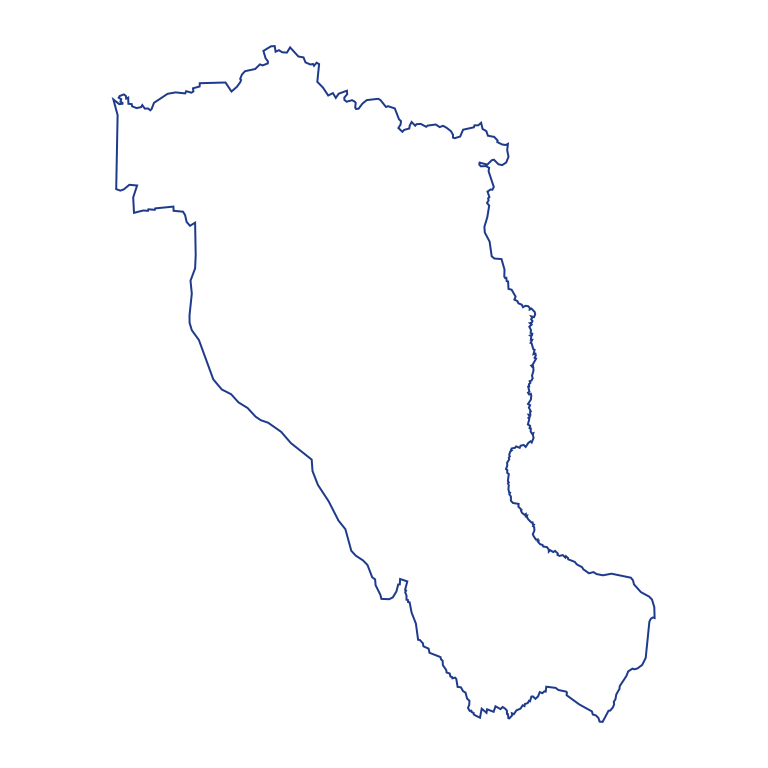 Si Maha Phot, Prachin Buri, Thailand (Equal Earth projection)
{"feature_id": "78962969B29475179093535", "entity_name": "Si Maha Phot", "entity_type": "district", "adm_level": 2, "iso_a3": "THA", "parent_name": "Thailand", "parent_adm1": "Prachin Buri", "projection": "equal_earth", "projection_center": [101.574, 13.876], "detail": "fine", "context": "isolated", "style": "outline", "palette": "blue", "viewbox_px": 768, "rotation_deg": 0, "n_neighbors": 0, "source": "geoboundaries", "source_scale": "gbopen_adm2", "svg_char_len": 6069}
<svg xmlns="http://www.w3.org/2000/svg" viewBox="0 0 768 768"><path d="M481.1,122.8L478.3,125.3L474.5,125.3L473.9,127.3L463.1,129.7L460.2,136.5L454.7,138.2L453.0,137.6L453.0,134.8L451.0,131.2L446.2,127.5L443.0,125.8L439.7,127.1L435.7,124.5L427.6,125.6L426.2,126.8L420.7,123.9L416.5,124.2L415.2,125.7L411.6,122.0L409.7,125.6L409.3,128.5L404.2,129.9L402.4,131.8L398.4,128.0L400.6,124.5L401.0,121.1L399.0,119.3L394.8,108.4L388.0,106.2L386.0,107.0L380.5,100.1L378.2,98.8L366.8,100.1L362.5,103.5L358.7,108.6L356.1,109.0L355.2,107.5L355.7,102.9L354.8,101.7L352.1,100.2L346.6,101.7L344.4,99.9L344.3,97.6L347.2,94.2L346.9,90.7L338.7,93.7L335.8,97.9L332.9,93.1L328.2,95.5L322.9,87.5L317.3,81.8L319.1,64.1L316.6,62.7L314.0,65.8L313.0,64.0L310.4,64.5L305.5,62.4L303.5,57.4L298.4,56.5L290.1,47.4L286.9,52.6L282.3,52.3L278.9,50.2L275.6,51.7L274.7,46.1L271.0,46.3L263.4,50.9L265.6,58.3L267.9,61.4L267.8,63.4L262.7,65.4L259.9,64.4L255.2,69.0L245.0,71.2L241.9,74.6L240.2,78.9L241.1,79.9L240.3,82.1L236.9,86.8L231.5,91.5L225.5,82.5L199.8,83.2L199.6,86.5L193.0,88.3L193.4,91.4L191.5,92.7L186.2,91.2L185.2,93.4L175.6,92.4L167.6,93.8L154.0,102.8L151.6,109.0L150.3,110.3L148.1,108.5L144.8,108.6L142.3,105.1L141.1,107.1L136.6,108.1L132.1,106.3L131.7,104.1L128.4,103.8L128.2,97.6L126.2,98.6L125.9,96.0L123.9,94.4L119.7,96.0L118.7,97.7L121.2,99.2L120.4,101.7L122.5,102.9L122.4,103.8L119.2,104.1L113.4,99.5L117.6,115.1L116.2,189.1L120.3,190.6L123.8,189.4L129.3,184.8L137.1,185.5L133.2,197.4L134.0,212.8L143.3,210.5L148.0,210.8L148.4,209.3L154.8,209.8L155.2,208.4L173.4,206.6L173.6,210.8L183.0,211.7L185.1,215.1L186.6,221.9L190.0,225.8L195.1,222.7L195.7,255.3L195.1,268.4L190.5,280.7L191.8,293.6L189.5,315.4L189.6,322.8L191.8,330.2L198.9,340.0L213.3,379.4L221.8,389.5L231.1,394.2L238.4,402.3L247.6,408.0L255.6,416.7L260.8,420.2L268.1,422.7L281.1,431.8L290.9,443.1L311.7,459.6L312.5,471.0L317.9,484.9L328.7,501.4L338.5,520.6L345.4,529.2L351.3,550.8L355.7,555.6L363.0,560.4L367.5,565.0L372.2,577.3L375.1,579.4L375.6,585.2L380.4,594.9L381.4,598.9L389.2,599.2L392.8,597.4L396.4,591.5L398.2,584.5L399.8,584.4L400.1,579.0L407.3,581.4L405.1,589.8L406.1,590.6L405.2,592.2L406.5,595.6L406.5,599.7L407.9,600.0L408.1,602.1L409.6,602.3L411.6,612.6L415.9,623.6L418.1,639.8L419.8,640.0L422.9,643.3L423.4,646.3L428.6,648.7L429.5,652.8L440.5,657.1L441.0,659.3L442.6,660.7L442.9,665.2L446.2,670.0L446.6,672.5L449.7,673.5L450.4,676.5L452.2,677.1L452.4,678.3L455.2,677.7L456.3,679.0L457.6,686.9L460.9,687.3L463.1,691.2L465.5,692.6L467.1,698.6L469.4,700.7L469.3,704.6L468.0,708.0L469.7,710.9L471.3,710.7L471.6,712.0L473.6,712.9L473.7,714.4L475.8,715.7L480.0,717.7L481.7,708.7L486.5,712.8L487.1,709.3L493.6,711.8L495.5,706.3L500.5,709.1L502.6,707.0L505.1,708.6L506.9,710.6L507.0,713.9L507.9,714.1L508.4,718.2L509.3,718.4L512.2,715.3L511.9,713.3L513.9,714.1L516.4,710.4L520.4,708.7L522.7,705.3L524.5,706.1L524.9,704.0L527.7,703.1L529.0,700.8L530.0,701.3L531.4,696.6L532.9,696.4L535.4,698.8L538.0,696.5L539.8,692.1L542.3,693.2L544.4,691.3L545.7,691.6L546.3,686.7L555.7,687.9L558.4,690.0L566.1,691.6L566.9,692.4L566.6,695.2L579.4,704.5L591.9,711.4L592.8,714.5L595.7,715.3L598.4,717.9L599.6,721.6L602.6,721.9L608.5,710.8L610.3,710.5L612.9,707.4L614.1,704.3L613.8,701.8L615.4,699.4L616.3,694.4L619.5,688.8L619.7,686.2L626.4,676.0L628.2,671.4L632.5,668.6L634.6,669.3L637.5,668.4L642.2,664.9L645.7,657.9L649.4,621.6L650.8,618.8L652.9,617.5L654.6,618.0L654.3,607.2L652.0,599.6L649.3,596.7L640.9,592.1L634.0,584.4L633.0,580.4L630.9,577.7L611.5,573.7L603.0,575.3L596.7,574.1L593.4,572.1L589.0,573.3L583.3,569.3L582.1,567.2L576.8,564.4L574.8,561.9L568.2,559.3L568.0,558.0L565.9,556.2L565.3,557.6L562.8,555.1L559.4,555.9L557.5,554.9L557.8,553.5L555.0,550.9L553.3,552.1L550.2,550.2L548.8,551.6L548.7,549.4L546.9,547.1L543.2,546.5L542.5,544.9L540.3,544.3L538.3,542.2L538.6,540.7L537.6,540.8L537.7,539.4L535.9,539.6L533.8,536.4L532.8,534.2L534.4,530.6L534.2,527.2L533.0,526.1L534.0,524.7L532.7,524.0L532.6,522.4L531.3,522.4L528.2,519.3L526.8,516.9L527.1,515.7L525.8,516.3L525.8,514.0L524.5,514.8L522.0,512.8L521.0,510.7L521.5,509.8L518.4,506.7L518.6,503.9L513.0,503.0L510.9,500.7L510.9,496.5L509.3,494.2L510.0,492.7L509.2,492.5L508.4,489.2L508.8,485.4L507.9,483.2L508.8,482.4L507.9,480.9L508.8,474.0L507.2,472.8L507.3,470.0L506.0,469.1L507.3,465.5L507.1,462.7L509.2,459.4L508.8,457.7L509.8,456.4L509.2,454.7L510.2,451.7L511.6,450.5L511.0,450.2L511.6,448.5L515.2,447.7L516.1,446.4L519.7,447.8L520.6,445.7L523.7,445.0L525.7,446.9L528.4,442.8L530.6,441.3L531.7,442.5L533.6,437.8L532.8,434.8L533.3,433.2L532.0,433.6L530.7,431.6L530.8,428.4L529.6,428.2L530.1,425.8L527.9,424.5L529.3,418.9L528.4,417.9L529.9,416.8L528.6,414.7L530.3,414.8L530.1,411.8L530.8,411.4L528.9,407.6L530.1,405.2L528.0,404.0L530.9,399.5L531.3,395.5L530.8,393.8L529.2,394.5L528.0,392.7L529.4,391.6L528.2,386.7L529.2,386.5L528.9,384.2L530.4,382.8L529.7,381.2L531.5,380.5L532.7,378.3L532.0,375.8L533.5,370.6L533.3,367.4L533.0,366.0L532.2,366.7L531.3,365.6L532.3,365.3L536.1,358.6L534.6,357.8L535.8,355.6L535.4,353.6L533.5,354.2L534.6,349.8L533.3,349.2L531.6,343.3L530.6,342.9L532.2,339.8L530.8,339.8L531.3,336.4L530.2,335.5L532.0,335.0L532.3,333.7L530.6,332.9L531.0,330.1L529.3,326.7L531.6,324.7L529.9,323.1L531.8,322.6L532.5,321.0L531.1,319.3L532.2,317.8L531.3,316.4L534.0,317.1L535.2,314.4L534.7,312.0L531.5,308.6L529.7,309.5L529.8,308.0L528.2,306.2L525.4,305.8L523.0,307.2L521.8,304.7L518.4,303.3L517.4,301.1L514.4,299.6L515.6,296.6L511.6,289.7L508.5,288.9L508.1,281.5L506.7,281.1L506.3,277.8L505.2,278.1L504.3,276.7L504.5,269.5L501.5,259.1L494.3,258.5L491.7,256.3L489.6,241.6L484.8,232.5L484.4,226.8L487.3,217.2L489.2,205.6L487.0,202.9L488.6,200.4L488.1,198.4L489.4,197.1L487.5,191.6L490.6,189.5L492.4,189.7L493.8,187.0L488.6,171.3L489.1,167.8L485.9,166.1L480.8,166.3L479.3,164.6L479.6,162.6L487.3,164.6L491.8,160.2L493.9,159.7L498.5,164.3L502.2,165.1L506.2,162.5L508.5,156.8L507.2,150.2L507.9,143.9L505.8,145.0L502.2,144.5L497.3,142.1L497.6,140.5L494.2,136.9L487.9,135.7L486.3,131.1L482.6,129.0L481.1,122.8Z" fill="none" stroke="#1e3a8a" stroke-width="2"/></svg>